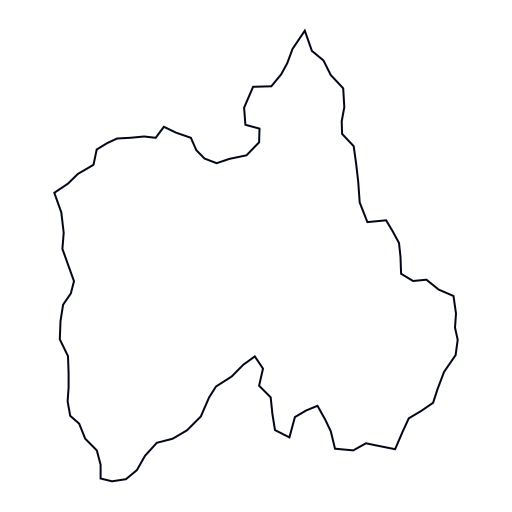 the district of Barroso, Minas Gerais, Brazil
{"feature_id": "56859067B65889724989346", "entity_name": "Barroso", "entity_type": "district", "adm_level": 2, "iso_a3": "BRA", "parent_name": "Brazil", "parent_adm1": "Minas Gerais", "projection": "natural_earth1", "projection_center": [-43.957, -21.177], "detail": "fine", "context": "isolated", "style": "outline", "palette": "ink", "viewbox_px": 512, "rotation_deg": 0, "n_neighbors": 0, "source": "geoboundaries", "source_scale": "gbopen_adm2", "svg_char_len": 1390}
<svg xmlns="http://www.w3.org/2000/svg" viewBox="0 0 512 512"><path d="M304.8,30.7L292.6,48.8L287.2,63.3L281.2,74.3L271.3,86.3L253.1,86.8L244.1,107.7L245.4,124.8L259.5,128.6L259.1,142.3L246.5,155.3L229.3,158.9L216.6,163.2L204.6,158.6L196.3,150.2L190.9,137.8L176.1,132.7L163.9,126.8L155.7,137.8L144.1,136.5L130.2,137.8L117.1,138.5L107.2,143.1L96.7,149.5L93.5,164.8L77.9,173.9L68.0,183.6L54.3,192.8L61.3,212.4L63.7,232.8L62.4,248.9L67.6,263.4L74.0,281.2L70.8,293.5L63.1,304.7L60.5,321.0L59.8,339.3L68.0,356.2L68.6,373.2L68.6,387.5L67.6,401.3L70.2,415.8L79.2,423.7L85.2,438.7L96.8,450.4L100.6,464.7L100.6,478.5L112.0,481.3L125.9,479.2L136.9,470.1L145.0,455.8L156.8,442.8L172.7,438.7L187.0,430.3L200.8,416.5L209.1,397.4L216.0,386.5L231.7,376.5L243.2,364.8L254.8,356.4L263.0,368.6L259.1,385.7L270.7,397.4L272.4,414.0L275.0,430.1L289.4,437.4L294.9,417.1L306.3,410.4L317.5,405.8L325.2,419.6L330.8,431.3L335.0,448.7L353.3,450.4L365.9,443.3L378.6,445.9L395.1,449.2L402.8,431.3L408.8,418.3L420.8,411.2L433.1,402.8L437.4,389.5L444.0,372.0L455.6,355.1L457.7,339.8L455.0,327.6L456.0,313.6L453.5,296.0L438.7,289.6L426.4,279.7L413.1,281.0L401.1,273.8L400.5,257.0L399.0,243.0L392.8,231.5L386.1,220.3L367.4,222.1L359.7,202.5L358.2,181.6L356.1,163.5L353.7,146.2L342.1,133.9L341.7,121.4L344.3,107.2L343.2,88.3L330.8,75.1L323.5,60.5L311.9,50.9L304.8,30.7Z" fill="none" stroke="#020617" stroke-width="2"/></svg>